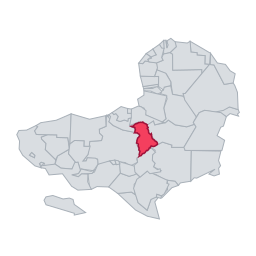 Central African Republic highlighted on a map of Africa, rotated 91°
{"feature_id": "CAF", "entity_name": "Central African Republic", "entity_type": "country or territory", "adm_level": 0, "iso_a3": "CAF", "parent_name": "Africa", "parent_adm1": "", "projection": "natural_earth1", "projection_center": [20.084, 6.633], "detail": "fine", "context": "in_parent", "style": "filled", "palette": "rose", "viewbox_px": 256, "rotation_deg": 91, "n_neighbors": 49, "source": "natural_earth", "source_scale": "50m", "svg_char_len": 13056}
<svg xmlns="http://www.w3.org/2000/svg" viewBox="0 0 256 256"><g transform="rotate(91 128 128)"><path d="M173.3,134.8L187.3,146.3L187.1,158.0L190.0,163.6L187.9,165.4L174.8,167.3L172.7,160.8L164.8,157.5L161.9,151.9L161.2,145.7L164.9,142.2L164.0,135.4L173.3,134.8Z" fill="#d9dde1" stroke="#a8b0b8" stroke-width="1"/><path d="M63.0,47.6L62.7,52.3L54.3,52.2L53.9,60.1L51.5,60.3L51.0,66.4L40.2,67.4L51.8,46.8L63.0,47.6Z" fill="#d9dde1" stroke="#a8b0b8" stroke-width="1"/><path d="M161.2,145.7L164.8,157.5L159.5,158.1L158.5,168.1L161.7,169.3L161.9,172.6L155.3,167.6L142.1,166.0L141.0,154.3L136.7,153.2L133.8,156.4L129.7,156.7L126.7,150.0L115.7,149.7L119.5,145.7L122.1,147.2L125.8,142.8L130.1,133.2L132.5,119.0L135.0,116.5L142.8,119.6L151.4,115.8L155.9,115.9L158.7,118.8L162.1,117.8L166.0,125.2L162.6,130.1L161.2,145.7Z" fill="#d9dde1" stroke="#a8b0b8" stroke-width="1"/><path d="M193.6,137.1L192.0,123.4L195.0,118.9L202.5,116.6L209.9,107.4L199.0,103.8L195.9,99.5L197.4,96.8L201.4,99.9L218.4,95.0L215.9,107.1L209.9,119.0L193.6,137.1Z" fill="#d9dde1" stroke="#a8b0b8" stroke-width="1"/><path d="M187.3,146.3L173.3,134.8L176.3,126.1L173.5,118.9L176.9,115.0L184.4,120.9L194.3,119.9L192.0,123.4L193.6,137.1L187.3,146.3Z" fill="#d9dde1" stroke="#a8b0b8" stroke-width="1"/><path d="M148.5,106.7L146.5,105.3L145.5,104.5L145.8,101.0L141.5,93.3L144.3,83.8L146.6,84.0L146.4,70.5L149.4,70.5L149.4,64.3L180.1,64.3L182.0,74.7L184.5,76.6L180.5,79.9L179.2,90.3L174.0,99.3L173.3,105.3L170.0,94.3L166.4,101.8L162.8,100.4L160.1,103.1L154.2,102.9L149.8,100.4L146.7,105.5L148.5,106.7Z" fill="#d9dde1" stroke="#a8b0b8" stroke-width="1"/><path d="M146.4,71.8L146.6,84.0L144.3,83.8L141.5,93.3L144.0,97.7L131.0,107.7L123.9,109.2L120.4,102.6L124.4,101.3L122.2,91.0L119.4,87.8L124.0,80.9L125.8,69.3L123.1,61.6L125.7,60.0L146.4,71.8Z" fill="#d9dde1" stroke="#a8b0b8" stroke-width="1"/><path d="M127.1,219.9L128.3,218.3L132.5,221.3L136.1,219.5L136.1,208.1L138.7,214.5L140.5,214.2L144.9,209.7L151.0,210.3L160.9,199.8L165.4,200.3L167.2,206.9L166.8,211.4L164.8,211.1L163.8,214.2L165.3,215.9L169.3,214.2L167.5,220.4L157.1,232.8L150.9,236.5L142.9,236.2L136.6,239.1L132.4,237.0L131.9,229.4L127.1,219.9ZM159.3,221.0L157.0,220.7L154.2,223.9L157.0,226.0L159.3,221.0Z" fill="#d9dde1" stroke="#a8b0b8" stroke-width="1"/><path d="M159.3,221.0L157.0,226.0L154.2,223.9L157.0,220.7L159.3,221.0Z" fill="#d9dde1" stroke="#a8b0b8" stroke-width="1"/><path d="M165.4,200.3L157.2,198.0L150.2,186.4L154.8,187.0L163.4,179.6L170.0,183.3L169.3,194.3L165.4,200.3Z" fill="#d9dde1" stroke="#a8b0b8" stroke-width="1"/><path d="M160.9,199.8L151.0,210.3L144.9,209.7L140.5,214.2L138.7,214.5L136.1,208.1L136.1,199.1L138.7,199.0L138.8,188.0L150.2,186.4L157.2,198.0L160.9,199.8Z" fill="#d9dde1" stroke="#a8b0b8" stroke-width="1"/><path d="M136.1,199.1L136.1,219.5L132.5,221.3L128.3,218.3L127.1,219.9L124.2,215.3L121.5,199.9L114.8,185.1L149.7,185.9L138.8,188.0L138.7,199.0L136.1,199.1Z" fill="#d9dde1" stroke="#a8b0b8" stroke-width="1"/><path d="M39.9,90.2L37.6,86.7L41.8,81.4L45.9,81.0L51.9,87.1L53.4,93.7L39.8,93.9L39.5,91.6L47.4,90.5L39.9,90.2Z" fill="#d9dde1" stroke="#a8b0b8" stroke-width="1"/><path d="M53.4,93.7L51.9,87.1L53.4,84.7L69.4,84.3L68.3,55.2L72.3,55.1L92.5,71.4L92.5,73.4L95.4,73.1L93.5,84.1L81.1,86.0L73.3,90.6L69.4,100.1L62.4,100.6L59.7,94.2L56.9,95.6L53.4,93.7Z" fill="#d9dde1" stroke="#a8b0b8" stroke-width="1"/><path d="M40.2,67.4L51.0,66.4L51.5,60.3L53.9,60.1L54.3,52.2L62.7,52.3L63.0,47.6L72.3,55.1L68.3,55.2L69.4,84.3L53.4,84.7L51.9,87.1L45.9,81.0L40.9,82.4L42.0,70.2L40.2,67.4Z" fill="#d9dde1" stroke="#a8b0b8" stroke-width="1"/><path d="M90.6,112.7L88.4,113.1L88.0,103.9L85.7,99.8L91.2,94.4L93.7,99.0L90.7,105.8L90.6,112.7Z" fill="#d9dde1" stroke="#a8b0b8" stroke-width="1"/><path d="M123.1,61.6L125.8,69.3L124.0,80.9L119.4,87.8L122.2,91.0L121.1,93.6L118.2,90.2L107.5,92.6L98.2,89.4L94.6,90.4L93.2,96.1L86.5,92.5L84.9,86.1L93.5,84.1L95.4,73.1L115.7,59.8L121.3,62.8L123.1,61.6Z" fill="#d9dde1" stroke="#a8b0b8" stroke-width="1"/><path d="M90.6,112.7L95.3,89.7L107.5,92.6L118.2,90.2L122.1,94.8L114.6,110.5L107.9,112.2L105.9,117.3L99.0,118.9L94.9,112.7L90.6,112.7Z" fill="#d9dde1" stroke="#a8b0b8" stroke-width="1"/><path d="M121.9,92.5L124.4,101.3L120.4,102.6L124.3,108.3L121.8,117.4L125.6,126.6L109.0,124.9L105.9,118.1L106.6,115.1L110.3,110.3L114.6,110.5L121.9,92.5Z" fill="#d9dde1" stroke="#a8b0b8" stroke-width="1"/><path d="M86.0,98.2L88.4,113.1L86.3,113.7L83.5,99.1L86.0,98.2Z" fill="#d9dde1" stroke="#a8b0b8" stroke-width="1"/><path d="M83.7,98.1L86.3,113.7L75.9,116.6L75.9,98.3L83.7,98.1Z" fill="#d9dde1" stroke="#a8b0b8" stroke-width="1"/><path d="M62.4,100.6L67.3,99.6L76.1,102.3L75.9,116.6L63.0,118.5L63.4,114.4L60.7,112.1L62.4,100.6Z" fill="#d9dde1" stroke="#a8b0b8" stroke-width="1"/><path d="M47.7,93.3L56.9,95.6L59.7,94.2L62.4,100.6L61.6,108.3L59.1,109.5L57.8,105.7L55.8,106.3L54.3,101.1L48.6,104.6L43.8,98.0L47.7,93.3Z" fill="#d9dde1" stroke="#a8b0b8" stroke-width="1"/><path d="M39.8,93.9L47.7,93.3L47.5,95.7L43.8,98.0L39.8,93.9Z" fill="#d9dde1" stroke="#a8b0b8" stroke-width="1"/><path d="M61.2,108.4L60.7,112.1L63.4,114.4L63.0,118.5L53.2,111.1L56.5,106.1L59.1,109.5L61.2,108.4Z" fill="#d9dde1" stroke="#a8b0b8" stroke-width="1"/><path d="M48.6,104.6L54.3,101.1L56.5,106.1L53.2,111.1L48.6,104.6Z" fill="#d9dde1" stroke="#a8b0b8" stroke-width="1"/><path d="M69.4,100.1L72.5,91.3L81.1,86.0L84.9,86.1L86.5,92.5L89.5,93.2L86.0,98.2L75.9,98.3L76.1,102.3L69.4,100.1Z" fill="#d9dde1" stroke="#a8b0b8" stroke-width="1"/><path d="M132.3,121.2L130.1,133.2L125.8,142.8L122.1,147.2L116.9,145.6L115.0,147.4L112.8,144.1L114.8,142.4L113.8,140.4L116.7,137.9L120.5,139.5L121.6,136.0L120.1,131.8L121.2,128.3L118.6,127.9L118.1,125.0L125.6,126.6L128.8,120.5L132.3,121.2Z" fill="#d9dde1" stroke="#a8b0b8" stroke-width="1"/><path d="M113.3,125.0L117.7,124.8L118.6,127.9L121.2,128.3L120.1,131.8L121.6,136.0L120.5,139.5L116.7,137.9L113.8,140.4L114.8,142.4L112.8,144.1L106.7,135.3L108.5,128.8L113.3,128.7L113.3,125.0Z" fill="#d9dde1" stroke="#a8b0b8" stroke-width="1"/><path d="M109.0,124.9L113.3,125.0L113.3,128.7L108.5,128.8L109.0,124.9Z" fill="#d9dde1" stroke="#a8b0b8" stroke-width="1"/><path d="M164.8,157.5L171.3,161.6L169.8,174.0L171.1,174.8L163.1,177.4L163.4,179.6L154.8,187.0L144.8,185.8L141.4,181.3L141.5,171.5L147.0,171.6L146.7,165.5L155.3,167.6L161.9,172.6L161.7,169.3L158.5,168.1L158.7,160.1L160.2,157.7L164.8,157.5Z" fill="#d9dde1" stroke="#a8b0b8" stroke-width="1"/><path d="M170.1,160.3L174.1,163.1L174.7,173.6L177.6,176.8L175.8,183.5L174.4,176.8L169.8,174.0L172.0,164.2L170.1,160.3Z" fill="#d9dde1" stroke="#a8b0b8" stroke-width="1"/><path d="M174.8,167.3L182.5,167.4L190.0,163.6L191.0,177.0L187.3,183.3L174.9,192.7L176.3,206.1L169.9,209.9L169.3,214.2L167.3,214.2L165.4,200.3L169.3,194.3L170.0,183.3L163.5,180.7L163.1,177.4L171.1,174.8L174.4,176.8L175.8,183.5L177.6,176.8L174.7,173.6L174.8,167.3Z" fill="#d9dde1" stroke="#a8b0b8" stroke-width="1"/><path d="M167.3,214.2L165.3,215.9L163.8,214.2L164.8,211.1L167.3,214.2Z" fill="#d9dde1" stroke="#a8b0b8" stroke-width="1"/><path d="M115.0,147.4L116.9,147.2L115.7,149.7L115.0,147.4ZM116.1,150.7L126.7,150.0L129.7,156.7L133.8,156.4L136.7,153.2L141.0,154.3L142.1,166.0L147.0,166.4L147.0,171.6L141.5,171.5L141.4,181.3L144.8,185.8L114.8,185.1L119.9,166.6L116.1,150.7Z" fill="#d9dde1" stroke="#a8b0b8" stroke-width="1"/><path d="M164.2,139.3L164.9,142.2L161.2,145.7L160.3,140.6L164.2,139.3Z" fill="#d9dde1" stroke="#a8b0b8" stroke-width="1"/><path d="M213.3,168.9L216.0,180.2L214.2,180.2L206.2,208.6L201.7,210.7L198.3,208.8L196.8,202.0L200.1,191.7L199.1,185.4L200.4,181.7L205.4,180.4L213.3,168.9Z" fill="#d9dde1" stroke="#a8b0b8" stroke-width="1"/><path d="M39.5,91.6L44.2,89.3L47.4,90.5L39.5,91.6Z" fill="#d9dde1" stroke="#a8b0b8" stroke-width="1"/><path d="M109.7,38.6L105.2,26.9L107.7,18.2L110.5,16.9L112.1,18.8L114.2,17.7L111.8,26.2L115.0,29.9L109.7,38.6Z" fill="#d9dde1" stroke="#a8b0b8" stroke-width="1"/><path d="M63.0,47.6L63.4,43.2L82.7,32.6L81.1,23.6L83.6,22.0L90.4,19.2L107.7,18.2L105.2,26.9L108.8,33.1L110.5,41.4L109.0,51.7L111.4,57.0L115.7,59.8L99.1,71.7L92.5,73.4L92.5,71.4L63.0,47.6Z" fill="#d9dde1" stroke="#a8b0b8" stroke-width="1"/><path d="M179.6,87.7L180.5,79.9L184.5,76.6L186.9,83.0L197.2,92.9L195.3,93.4L189.0,87.4L179.6,87.7Z" fill="#d9dde1" stroke="#a8b0b8" stroke-width="1"/><path d="M51.8,46.8L61.4,39.8L62.7,31.7L69.0,26.9L71.9,21.8L81.1,23.6L82.7,32.6L63.4,43.2L63.2,46.8L51.8,46.8Z" fill="#d9dde1" stroke="#a8b0b8" stroke-width="1"/><path d="M180.1,64.3L149.4,64.3L149.5,34.7L159.0,36.9L164.1,34.8L166.7,36.7L172.5,35.8L174.4,41.1L172.6,46.3L167.7,40.3L176.9,58.4L176.6,60.9L180.1,64.3Z" fill="#d9dde1" stroke="#a8b0b8" stroke-width="1"/><path d="M148.8,33.7L149.4,70.5L146.4,71.8L125.7,60.0L121.3,62.8L111.4,57.0L109.0,51.7L111.0,35.3L115.0,29.9L124.4,32.6L125.6,35.3L134.1,38.8L138.6,31.2L148.8,33.7Z" fill="#d9dde1" stroke="#a8b0b8" stroke-width="1"/><path d="M209.9,107.4L202.5,116.6L188.2,121.4L179.2,118.3L170.7,108.0L179.6,87.7L182.6,88.3L183.4,86.0L193.2,90.6L195.3,93.4L193.8,98.0L196.5,98.4L199.0,103.8L209.9,107.4Z" fill="#d9dde1" stroke="#a8b0b8" stroke-width="1"/><path d="M195.3,93.4L197.8,93.9L196.5,98.4L193.8,98.0L195.3,93.4Z" fill="#d9dde1" stroke="#a8b0b8" stroke-width="1"/><path d="M173.3,134.8L161.8,136.1L166.2,120.3L173.5,118.9L174.8,121.0L176.3,126.1L173.3,134.8Z" fill="#d9dde1" stroke="#a8b0b8" stroke-width="1"/><path d="M164.0,135.4L164.9,139.0L160.3,140.6L161.0,136.9L164.0,135.4Z" fill="#d9dde1" stroke="#a8b0b8" stroke-width="1"/><path d="M165.1,121.2L162.1,117.8L157.6,118.4L146.7,105.5L151.7,100.0L154.2,102.9L160.1,103.1L162.8,100.4L166.4,101.8L169.1,97.9L168.2,95.2L171.2,94.5L173.3,105.3L170.7,108.0L176.9,115.0L171.9,120.3L165.1,121.2Z" fill="#d9dde1" stroke="#a8b0b8" stroke-width="1"/><path d="M147.4,105.3L147.5,105.4L147.6,105.5L147.5,106.0L147.5,106.3L147.8,106.5L148.0,106.6L148.9,106.8L149.2,107.0L149.6,107.5L150.2,108.0L150.3,108.2L150.3,108.5L150.1,108.7L150.1,108.9L150.4,109.1L150.6,109.4L151.1,109.8L152.0,110.3L152.4,110.6L152.5,110.8L152.7,111.1L153.0,111.4L153.2,111.6L153.1,112.1L153.1,112.3L153.2,112.5L153.4,112.7L153.5,113.0L153.7,113.3L153.9,113.5L154.2,113.5L154.4,113.7L154.8,114.0L155.2,114.2L155.3,114.4L155.4,114.5L155.5,114.7L155.6,114.9L155.6,115.2L155.6,115.7L155.8,116.0L156.0,116.3L155.3,116.0L155.1,116.0L154.6,116.4L154.3,116.4L154.0,116.3L152.8,116.1L151.8,115.8L151.5,115.7L151.0,115.6L150.7,115.8L150.4,116.4L150.3,116.5L149.8,116.7L149.6,116.6L149.0,116.8L148.2,116.6L147.9,116.6L147.6,116.7L147.0,117.0L146.6,117.2L146.2,117.3L145.7,117.5L145.2,117.6L144.9,117.5L144.7,117.4L144.3,117.4L144.0,117.4L143.7,117.7L143.6,117.8L143.3,118.3L143.0,119.0L142.9,119.2L141.5,118.9L140.9,118.8L140.5,118.9L140.0,118.7L139.8,118.7L139.7,118.7L139.4,118.6L138.9,118.4L138.5,118.3L138.1,118.3L137.9,118.2L137.7,118.0L137.5,117.6L137.0,117.1L136.4,116.8L136.0,116.5L135.9,116.3L135.6,116.2L135.1,116.2L134.6,116.4L133.9,116.9L133.3,118.1L133.0,118.5L132.7,118.6L132.6,118.9L132.8,119.3L132.8,119.8L132.7,120.6L132.7,121.3L132.6,121.2L132.4,120.9L132.0,121.0L131.7,121.1L131.4,121.0L131.1,121.0L130.9,121.0L130.6,120.9L129.9,120.7L129.6,120.6L129.2,120.8L128.5,121.0L127.8,121.1L127.6,121.1L127.4,121.2L127.3,121.3L127.2,121.6L127.1,122.1L127.1,122.4L127.0,122.8L127.0,123.0L126.9,123.6L126.7,124.1L126.5,124.6L126.3,125.0L126.2,124.7L126.1,124.3L126.1,124.0L126.1,123.9L126.0,123.7L126.0,123.4L126.0,123.2L125.8,122.8L125.7,122.6L125.6,122.4L125.4,122.4L125.2,122.3L124.9,122.0L124.7,121.7L124.4,121.3L124.1,121.0L123.8,120.6L123.5,120.2L123.3,119.8L123.3,119.6L123.5,119.6L123.4,119.2L123.3,118.8L123.2,118.6L122.9,118.2L122.6,118.0L122.5,117.8L122.4,117.6L122.3,116.4L122.2,116.0L122.1,115.9L122.0,115.7L122.1,115.3L122.1,115.2L122.2,113.9L121.9,113.8L121.8,113.6L121.7,113.4L121.8,113.1L122.0,112.9L122.4,112.8L122.5,112.7L122.6,112.4L122.8,111.8L123.1,111.2L123.3,111.1L123.4,110.7L123.6,110.3L123.7,110.0L123.7,109.8L123.8,109.6L124.2,109.4L124.5,108.8L125.0,109.0L125.4,109.0L125.7,108.9L125.9,108.7L126.3,108.5L126.8,108.4L126.9,108.1L127.0,107.9L127.3,107.8L127.4,108.2L127.6,108.5L127.9,108.8L128.0,108.7L128.7,108.4L128.8,108.3L129.1,108.0L129.5,107.7L129.8,107.7L130.2,107.4L130.5,107.5L131.0,107.4L131.8,107.3L132.3,107.3L132.6,107.2L132.8,106.9L133.1,106.6L133.5,106.1L133.8,105.7L134.1,105.4L133.9,105.2L133.5,104.8L133.4,104.7L133.5,104.7L133.9,104.3L134.2,104.3L134.8,104.3L135.4,104.2L135.5,104.3L136.0,104.2L136.3,104.1L136.6,103.9L137.3,103.9L137.9,103.5L138.1,103.4L138.5,103.1L138.8,102.7L139.0,102.4L139.1,102.1L139.7,101.3L140.0,101.3L140.1,101.2L140.4,100.7L140.6,100.6L140.8,100.4L141.0,100.1L141.0,99.8L140.9,99.6L141.0,99.4L141.6,99.0L141.7,98.8L141.8,98.7L142.1,98.7L142.3,98.5L142.7,98.3L143.0,98.2L143.3,98.2L143.6,98.3L143.8,98.4L144.0,98.4L144.1,98.8L145.0,99.8L145.1,100.1L145.5,100.7L145.8,101.2L146.0,101.8L146.1,102.1L146.0,102.4L146.0,103.3L145.9,103.5L145.6,104.0L145.6,104.3L145.8,104.5L145.8,104.9L145.9,105.0L146.1,105.1L146.8,105.2L147.1,105.3L147.4,105.3Z" fill="#f43f5e" stroke="#9f1239" stroke-width="1.5"/></g></svg>